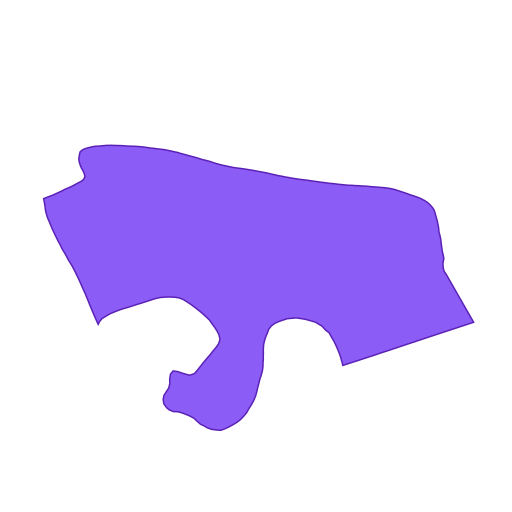 outline of Nu'man, Al Bayda', Yemen, rotated 252°
{"feature_id": "15242507B35371213994170", "entity_name": "Nu'man", "entity_type": "district", "adm_level": 2, "iso_a3": "YEM", "parent_name": "Yemen", "parent_adm1": "Al Bayda'", "projection": "orthographic", "projection_center": [45.536, 14.622], "detail": "fine", "context": "isolated", "style": "filled", "palette": "violet", "viewbox_px": 512, "rotation_deg": 252, "n_neighbors": 0, "source": "geoboundaries", "source_scale": "gbopen_adm2", "svg_char_len": 3953}
<svg xmlns="http://www.w3.org/2000/svg" viewBox="0 0 512 512"><g transform="rotate(252 256 256)"><path d="M125.7,442.5L179.9,431.2L183.5,430.2L187.6,430.5L191.4,431.6L195.6,433.9L199.5,434.4L202.7,434.6L207.2,435.4L211.7,436.2L214.8,436.9L219.0,437.3L222.1,437.4L225.0,438.1L227.7,438.6L228.2,438.6L231.2,439.0L234.5,439.3L238.1,439.4L241.2,439.6L244.6,439.6L247.5,438.8L250.9,437.4L253.8,435.7L256.7,433.4L259.7,430.5L261.8,428.0L263.9,425.3L265.9,422.5L267.9,419.9L270.1,417.1L272.0,414.4L274.1,411.6L275.0,410.3L276.3,408.6L278.2,405.4L279.9,402.2L281.7,398.3L282.9,395.2L283.1,394.9L284.5,391.5L286.2,387.3L287.7,383.9L288.1,383.1L289.6,379.1L291.0,375.7L292.4,371.9L293.6,369.0L294.8,365.6L296.3,362.1L297.7,359.0L297.7,358.9L299.2,355.6L300.8,352.2L302.3,348.7L304.4,344.3L306.5,339.8L308.4,336.0L310.5,331.6L312.3,328.0L314.0,324.3L315.4,321.3L317.1,317.9L318.8,314.5L319.0,314.1L320.4,311.6L322.0,308.5L324.1,304.8L325.8,301.6L327.4,299.0L329.6,295.3L331.8,291.7L333.7,288.2L334.0,287.6L335.4,285.0L337.2,281.7L338.7,279.0L340.6,275.3L342.2,272.2L343.8,268.9L345.1,266.1L346.7,262.7L348.8,259.0L350.6,255.9L352.5,252.6L354.2,249.8L355.0,248.7L356.4,246.5L358.4,243.7L360.3,241.2L362.0,238.6L364.3,234.8L366.6,231.6L368.4,229.0L370.1,226.4L371.8,223.7L374.1,220.3L376.4,216.7L377.7,214.8L378.6,213.6L380.2,210.8L382.0,207.8L383.9,204.5L385.4,201.8L386.0,200.6L386.9,198.6L388.3,195.5L390.0,192.0L391.2,189.2L392.9,185.8L394.4,182.8L395.8,179.6L397.2,176.2L398.3,173.3L398.6,172.4L399.4,170.2L400.6,166.9L402.0,163.6L403.1,160.7L404.4,156.9L405.2,154.7L405.6,153.6L405.9,152.9L406.7,150.2L406.9,149.7L407.6,147.2L408.3,143.9L409.1,140.5L409.2,140.1L410.1,136.8L410.5,133.5L410.8,130.0L410.9,127.0L410.8,126.1L410.6,123.9L409.4,120.9L406.6,119.2L403.5,117.6L400.1,116.9L397.0,116.9L393.8,117.1L390.5,117.8L389.6,117.9L387.5,118.1L386.2,118.0L384.2,117.8L382.0,115.5L381.5,114.1L381.0,112.6L380.5,109.5L379.8,105.7L379.2,102.5L378.8,98.9L378.5,94.9L377.9,91.8L377.5,88.4L377.1,84.9L376.7,81.6L376.3,73.2L376.2,71.8L370.4,71.0L363.8,69.8L357.7,69.5L351.0,70.1L344.6,70.6L337.6,71.5L330.6,72.5L328.6,73.0L323.3,73.7L316.7,75.2L309.6,76.5L303.1,78.1L297.5,79.0L297.0,79.1L288.3,80.3L280.5,81.1L273.4,81.9L266.8,82.4L260.6,82.8L254.5,83.3L247.7,83.9L239.8,84.8L241.8,86.7L244.1,90.3L245.2,95.0L246.2,99.5L246.5,103.7L246.9,109.4L246.9,114.0L246.7,118.9L246.7,124.0L246.7,127.5L246.7,128.5L246.6,131.6L246.6,133.5L246.6,138.0L246.6,142.3L246.6,147.0L246.1,152.2L244.9,157.2L243.7,161.2L241.9,166.0L240.0,169.8L237.0,173.5L235.6,174.6L233.5,176.4L229.7,179.4L227.5,180.9L225.7,182.2L222.0,184.7L217.7,187.4L213.7,189.7L209.6,191.9L204.9,193.3L200.8,194.7L196.6,195.8L192.4,196.4L191.4,196.3L187.8,196.0L184.0,193.2L181.3,189.6L178.7,185.4L176.2,181.7L173.5,177.2L170.9,173.0L168.0,168.7L165.4,164.8L163.2,161.2L163.1,156.1L165.4,152.5L167.8,149.1L170.4,145.6L172.3,141.6L170.0,138.1L165.6,135.9L161.3,134.6L157.4,132.2L154.7,128.8L151.9,125.4L148.1,123.3L143.7,122.7L139.4,124.1L136.6,125.8L133.5,129.4L132.1,133.4L129.7,137.1L127.0,140.5L123.9,144.0L120.8,146.9L117.1,148.9L113.2,151.2L110.3,154.3L108.0,156.2L104.9,160.1L102.8,164.5L101.1,168.7L101.3,173.5L101.9,177.9L102.7,182.2L103.7,186.4L105.2,190.6L107.2,194.4L109.8,198.6L112.9,201.9L115.8,205.5L119.3,209.2L122.8,212.2L126.3,214.6L130.1,216.8L133.9,219.3L137.5,221.5L141.0,224.1L144.8,226.6L148.8,228.5L151.8,229.5L155.3,231.0L157.4,231.6L161.0,232.9L164.9,234.1L169.2,235.8L172.9,238.0L176.0,240.2L179.2,243.0L182.4,245.5L184.7,248.9L186.1,252.8L186.3,254.5L186.6,257.2L186.7,262.1L186.7,266.4L185.7,270.8L184.7,275.2L180.7,283.1L176.9,288.9L174.5,292.3L168.9,297.1L163.8,299.4L160.5,301.8L156.2,302.6L151.3,303.7L146.5,304.4L141.2,304.9L136.6,305.2L132.4,305.2L131.7,305.1L127.6,305.0L125.1,304.7L125.1,324.8L125.1,334.6L125.1,339.9L125.2,343.9L125.2,352.9L125.3,363.6L125.5,391.8L125.6,408.3L125.6,409.4L125.6,411.0L125.7,442.5Z" fill="#8b5cf6" stroke="#5b21b6" stroke-width="1.5"/></g></svg>